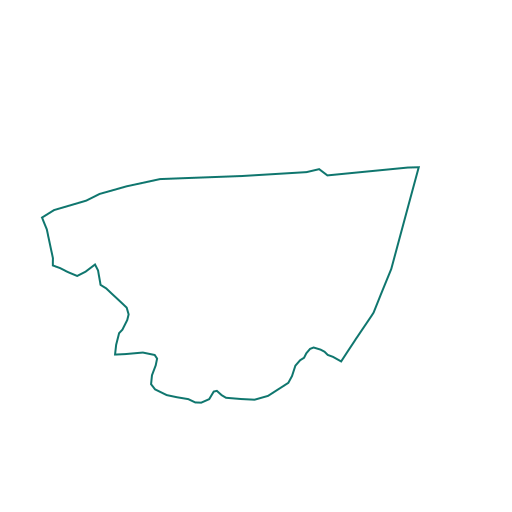 outline of As Serief, North Darfur, Sudan, rotated 333°
{"feature_id": "16777658B191743768731", "entity_name": "As Serief", "entity_type": "district", "adm_level": 2, "iso_a3": "SDN", "parent_name": "Sudan", "parent_adm1": "North Darfur", "projection": "albers", "projection_center": [23.384, 13.974], "detail": "fine", "context": "isolated", "style": "outline", "palette": "teal", "viewbox_px": 512, "rotation_deg": 333, "n_neighbors": 0, "source": "geoboundaries", "source_scale": "gbopen_adm2", "svg_char_len": 1795}
<svg xmlns="http://www.w3.org/2000/svg" viewBox="0 0 512 512"><g transform="rotate(333 256 256)"><path d="M351.7,207.3L339.1,204.2L278.5,177.8L278.4,177.7L237.6,158.8L227.7,154.2L205.4,143.9L172.5,135.2L144.9,129.7L129.9,129.6L97.0,123.4L82.8,124.6L82.8,125.0L82.5,127.7L82.1,132.4L81.7,137.3L80.3,142.5L79.9,143.8L79.4,145.8L76.2,157.7L75.5,160.4L74.1,165.6L74.0,165.9L73.8,166.3L73.7,166.4L73.1,167.6L72.9,167.9L72.8,168.2L72.6,168.5L71.5,170.6L71.2,171.2L71.1,171.5L70.7,172.2L72.5,174.1L72.6,174.3L73.5,175.2L76.0,177.9L77.6,180.1L79.0,182.0L79.2,182.3L79.3,182.5L79.5,182.8L79.7,183.1L79.9,183.3L80.1,183.6L80.3,183.9L80.4,184.0L81.5,185.4L82.5,186.6L82.9,187.1L83.1,187.3L87.6,192.6L88.0,192.6L92.6,192.6L97.0,192.6L108.7,190.5L108.7,192.8L108.7,195.2L108.7,197.2L108.2,198.8L108.1,199.1L107.6,200.7L104.9,209.6L104.8,209.9L104.7,210.0L104.5,210.7L104.4,211.2L104.5,211.4L105.6,213.2L107.8,216.8L110.2,223.6L113.7,233.1L117.3,243.2L117.3,243.5L116.0,250.2L115.4,250.9L112.2,254.6L103.5,261.0L99.0,262.6L91.1,271.6L87.0,277.8L85.7,279.8L87.1,280.5L95.1,284.1L109.5,289.9L111.4,290.7L120.8,298.2L121.3,302.5L117.0,307.9L109.2,315.0L104.3,322.6L105.5,329.0L113.3,339.4L121.5,346.0L130.7,352.8L135.4,358.9L140.6,361.8L149.3,362.3L156.8,357.6L159.9,358.4L162.2,364.4L164.9,368.7L178.0,376.8L189.5,383.4L203.2,386.1L227.2,383.7L233.6,379.3L241.3,371.6L248.0,368.9L252.6,368.5L256.7,365.5L262.0,363.3L265.8,363.7L271.0,368.7L273.6,372.4L275.0,376.7L278.8,380.8L284.0,388.6L294.1,382.8L305.4,376.4L307.1,375.4L307.4,375.2L309.3,374.2L314.5,371.3L331.7,361.8L333.4,360.8L333.6,360.7L335.1,359.8L345.5,350.7L348.7,347.9L349.6,347.1L361.3,337.0L370.6,329.0L394.8,302.2L419.2,275.2L441.3,250.8L431.4,246.1L389.1,229.5L356.2,216.6L351.7,207.3Z" fill="none" stroke="#0f766e" stroke-width="2"/></g></svg>